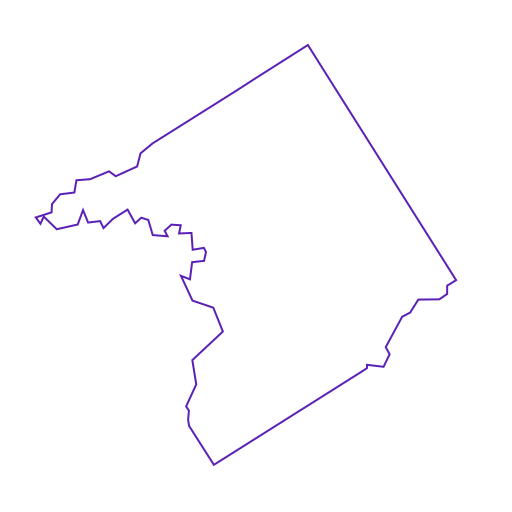 the district of Ouachita, Arkansas, United States of America, rotated 146°
{"feature_id": "52423323B57223393950", "entity_name": "Ouachita", "entity_type": "district", "adm_level": 2, "iso_a3": "USA", "parent_name": "United States of America", "parent_adm1": "Arkansas", "projection": "mercator", "projection_center": [-92.764, 33.589], "detail": "fine", "context": "isolated", "style": "outline", "palette": "violet", "viewbox_px": 512, "rotation_deg": 146, "n_neighbors": 0, "source": "geoboundaries", "source_scale": "gbopen_adm2", "svg_char_len": 990}
<svg xmlns="http://www.w3.org/2000/svg" viewBox="0 0 512 512"><g transform="rotate(146 256 256)"><path d="M417.0,411.1L416.7,403.3L409.9,407.3L406.2,389.6L386.2,381.8L373.7,390.8L376.5,377.6L365.7,372.1L366.8,364.4L353.9,366.8L336.5,366.3L337.9,350.7L329.7,351.9L325.1,346.1L329.9,331.1L318.3,321.8L317.6,328.0L308.6,329.3L301.2,323.6L307.2,317.7L296.6,311.2L305.0,296.6L294.7,291.9L295.2,287.3L301.8,281.0L312.4,286.6L323.8,273.6L329.3,281.5L333.6,254.5L320.3,237.0L325.7,211.9L367.0,205.3L377.3,183.0L398.0,170.4L398.1,165.3L403.9,158.1L406.5,152.5L407.7,106.5L406.2,106.4L231.2,101.0L226.6,101.0L224.8,103.7L212.2,92.8L200.2,99.8L199.4,107.9L168.8,123.9L159.8,122.9L145.8,129.1L128.3,117.6L118.8,117.6L114.1,124.5L103.6,124.1L96.6,351.2L95.0,401.9L156.3,403.6L177.0,404.0L197.0,404.6L278.7,407.2L294.3,405.7L304.5,396.7L327.7,400.6L330.5,408.4L350.5,412.4L362.5,419.2L371.1,410.2L383.9,416.7L396.1,413.1L401.1,406.5L417.0,411.1Z" fill="none" stroke="#5b21b6" stroke-width="2"/></g></svg>